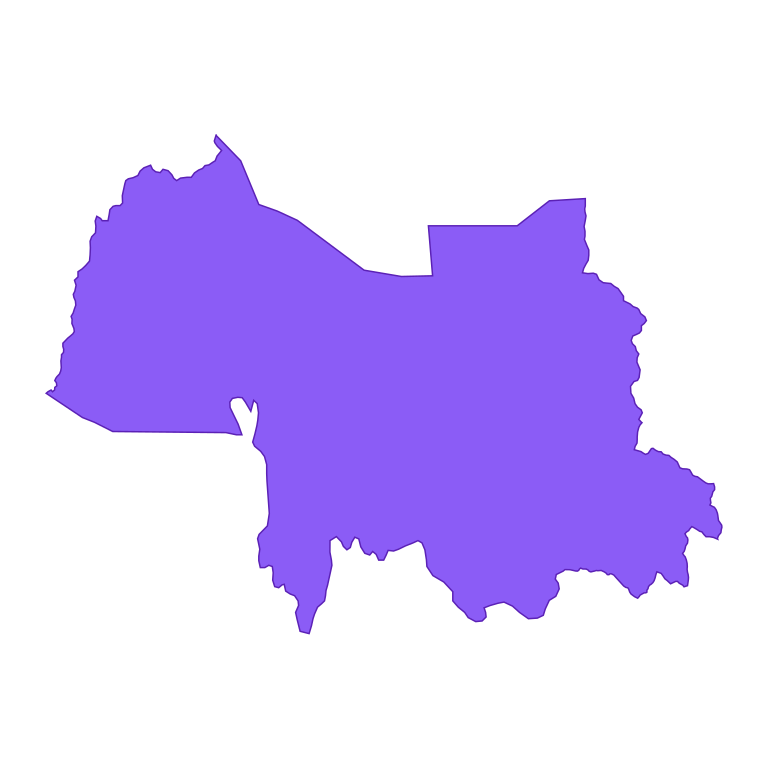 Gua Musang, Kelantan, Malaysia
{"feature_id": "92858781B67795542247557", "entity_name": "Gua Musang", "entity_type": "district", "adm_level": 2, "iso_a3": "MYS", "parent_name": "Malaysia", "parent_adm1": "Kelantan", "projection": "natural_earth1", "projection_center": [102.158, 5.006], "detail": "fine", "context": "isolated", "style": "filled", "palette": "violet", "viewbox_px": 768, "rotation_deg": 0, "n_neighbors": 0, "source": "geoboundaries", "source_scale": "gbopen_adm2", "svg_char_len": 5454}
<svg xmlns="http://www.w3.org/2000/svg" viewBox="0 0 768 768"><path d="M216.3,134.4L214.3,141.0L214.9,142.8L217.5,146.5L221.6,150.5L217.1,156.0L215.2,160.8L212.7,162.3L208.9,164.9L205.0,165.6L202.5,168.5L198.7,170.0L194.5,172.9L191.3,177.3L186.9,177.3L180.5,178.1L176.7,180.6L173.8,178.4L171.9,174.8L168.1,170.7L163.0,169.3L160.2,172.6L155.7,171.8L152.5,169.3L150.6,165.2L143.9,167.8L140.1,171.1L137.9,175.5L133.1,177.7L128.3,178.8L125.8,180.6L124.8,184.0L122.3,195.7L122.6,203.0L120.1,205.6L115.9,205.6L113.1,206.3L109.9,209.7L109.2,214.4L108.0,220.7L102.2,220.7L100.6,218.5L96.8,216.3L95.2,221.0L95.9,226.2L95.5,232.8L91.7,236.8L90.1,241.2L90.4,247.8L90.1,254.8L89.5,261.1L85.7,265.5L81.9,269.1L78.0,271.7L78.0,276.9L74.5,280.2L76.1,285.3L74.8,291.3L73.3,294.3L73.9,297.4L75.4,300.9L75.8,305.2L74.5,308.7L73.1,313.1L71.1,316.4L72.1,319.3L71.9,323.5L73.9,328.4L74.3,331.5L72.9,333.8L70.5,335.9L67.8,338.1L62.9,343.2L62.9,346.5L63.7,349.3L63.5,352.4L61.5,354.7L61.5,357.3L60.9,360.9L61.1,364.4L61.3,367.7L60.7,371.0L59.5,374.0L57.0,376.6L55.8,378.3L54.8,380.6L56.4,382.7L56.8,385.8L54.8,387.4L54.6,390.0L52.5,391.7L51.1,390.0L48.0,391.7L46.2,393.3L82.4,417.5L94.5,422.3L112.7,431.5L226.0,432.6L236.5,434.8L241.9,434.8L238.1,424.1L234.0,415.7L230.1,407.6L229.8,402.1L232.4,398.4L237.8,397.3L242.2,397.7L245.4,402.1L250.8,411.3L253.7,400.3L257.2,403.6L258.5,412.8L257.8,420.1L256.9,425.6L255.0,433.7L252.7,442.1L254.6,446.2L260.7,451.3L264.5,456.5L266.7,464.6L266.7,473.7L267.0,481.1L269.3,513.4L267.4,525.9L259.1,534.4L257.6,538.7L259.8,549.2L258.8,556.1L258.8,560.7L260.3,567.6L264.8,567.6L268.8,565.3L272.3,566.5L273.2,572.8L272.7,580.2L274.7,586.6L278.7,587.7L282.2,584.8L284.2,584.3L285.7,591.1L290.2,594.0L294.6,595.7L298.1,600.9L298.6,605.5L295.6,612.4L297.1,619.3L299.1,627.3L300.1,631.3L309.1,633.6L311.5,625.6L313.0,618.7L314.5,614.1L317.5,607.2L321.5,603.8L324.5,600.9L325.5,595.7L326.0,590.6L327.5,585.4L330.4,572.2L331.9,565.3L331.4,560.1L329.9,552.1L330.0,540.6L336.4,536.6L341.4,541.8L343.4,546.4L346.9,549.8L350.3,547.5L351.8,542.3L354.8,537.2L358.8,538.9L360.8,546.9L364.8,553.3L369.7,555.0L372.7,551.5L376.2,554.4L378.7,560.1L383.7,560.1L386.2,555.0L388.1,550.4L393.6,551.0L398.6,549.2L405.6,545.8L413.0,542.9L418.0,540.6L422.0,542.9L424.9,549.8L426.4,559.6L426.9,566.5L432.9,575.6L443.8,582.0L452.8,591.7L452.8,600.9L458.3,607.2L464.7,612.4L468.2,617.6L475.7,621.6L480.7,621.1L482.1,621.0L486.1,617.0L485.6,612.4L484.1,607.8L490.1,605.5L498.1,603.2L504.0,602.1L512.5,606.1L519.5,612.4L528.4,618.7L537.4,618.1L543.3,615.3L545.3,608.9L549.3,600.3L555.8,596.3L559.2,588.9L558.2,583.1L555.3,579.1L556.3,574.5L563.2,571.1L564.9,569.6L570.0,569.7L573.5,570.5L575.6,571.0L577.4,571.1L578.7,570.4L579.5,569.0L580.6,568.1L582.9,569.0L584.9,569.0L586.4,569.1L588.1,570.1L589.2,571.3L590.9,571.9L593.0,571.4L594.7,571.0L596.2,570.5L597.9,570.7L600.3,570.5L601.3,570.5L604.3,571.9L606.1,573.1L607.3,574.6L608.9,574.7L610.0,573.8L611.3,573.8L613.8,575.0L615.8,577.3L619.6,581.5L623.7,586.0L625.8,587.4L627.8,587.8L628.7,589.2L629.7,592.0L631.0,594.0L634.6,596.7L637.7,598.2L639.3,596.4L640.0,595.2L641.5,594.3L644.1,592.9L645.9,592.8L646.9,592.2L646.9,590.2L648.0,588.7L648.4,586.8L649.6,585.2L651.2,584.2L652.9,582.6L654.1,580.7L655.1,577.9L655.9,574.6L656.9,571.8L661.2,573.4L663.1,576.0L664.9,578.8L667.1,580.5L670.6,583.8L675.7,581.4L677.5,581.4L679.1,583.1L680.6,584.0L682.8,585.2L684.0,586.8L687.5,585.7L687.9,583.1L688.3,580.2L688.5,577.4L688.1,574.4L687.5,572.3L687.1,569.2L687.3,566.6L687.1,563.3L686.3,559.8L685.1,556.7L684.2,555.8L682.6,553.4L684.2,551.3L685.0,549.0L685.7,545.9L687.5,543.1L687.9,540.0L687.5,537.9L686.3,536.5L685.0,533.7L686.5,532.0L688.7,530.6L689.7,529.0L691.8,526.6L693.8,527.6L697.3,529.7L699.7,531.3L701.8,531.8L704.0,534.6L706.0,536.7L709.5,536.7L713.4,537.4L717.7,539.2L717.4,538.4L718.5,535.6L720.9,532.7L721.3,529.7L721.9,527.3L721.7,525.2L720.3,523.1L718.5,520.5L717.8,515.3L717.4,513.2L716.2,509.9L714.4,507.3L712.1,506.2L709.9,505.0L710.9,502.9L710.5,500.5L710.3,498.2L711.7,496.3L712.9,491.8L714.6,489.7L714.6,486.9L713.6,483.6L711.1,483.8L708.1,483.8L705.8,482.9L702.8,480.8L697.5,476.8L694.8,476.3L692.6,475.1L691.1,472.3L689.5,469.7L686.9,469.0L682.6,468.8L679.9,467.8L678.3,464.3L677.3,462.0L674.2,459.4L671.0,457.3L668.9,455.4L665.9,455.1L663.0,454.0L661.2,451.8L658.3,451.6L655.5,450.2L653.0,448.3L651.4,448.6L648.2,453.3L645.5,454.4L643.5,453.3L641.0,451.6L634.3,449.7L635.1,446.4L637.0,443.1L637.2,439.6L637.2,437.0L637.6,431.9L638.8,427.4L640.0,425.0L642.0,422.7L641.4,422.2L638.8,419.4L642.3,412.8L641.1,409.8L637.5,407.2L635.0,403.6L633.7,398.1L630.9,393.3L630.5,386.3L634.0,381.5L637.5,380.4L639.1,377.5L640.1,369.8L636.9,362.1L637.2,357.7L638.8,354.0L636.3,350.7L635.3,346.6L632.4,343.7L631.2,340.4L632.8,336.0L636.3,334.5L639.4,333.0L641.4,330.5L641.4,325.7L644.2,323.5L646.4,320.6L644.9,316.9L640.7,313.6L638.8,309.5L637.2,308.1L633.1,306.6L630.2,304.0L623.5,300.7L623.5,296.3L618.1,288.6L614.3,286.4L610.8,283.5L606.7,283.1L603.2,282.7L599.0,279.8L596.5,274.3L593.3,273.2L587.9,273.6L582.5,272.8L583.7,268.4L586.0,264.0L588.2,260.3L588.8,255.2L588.8,250.0L586.9,245.6L584.4,239.4L585.0,236.1L585.0,231.3L584.1,226.5L585.3,220.3L586.0,215.9L585.0,211.9L584.7,208.9L585.3,206.0L585.3,198.6L549.4,200.8L517.2,225.8L428.4,225.8L432.6,275.8L401.4,276.5L364.1,270.2L297.3,220.3L277.3,211.1L258.8,204.5L240.7,160.8L216.2,135.5L216.3,134.4Z" fill="#8b5cf6" stroke="#5b21b6" stroke-width="1.5"/></svg>